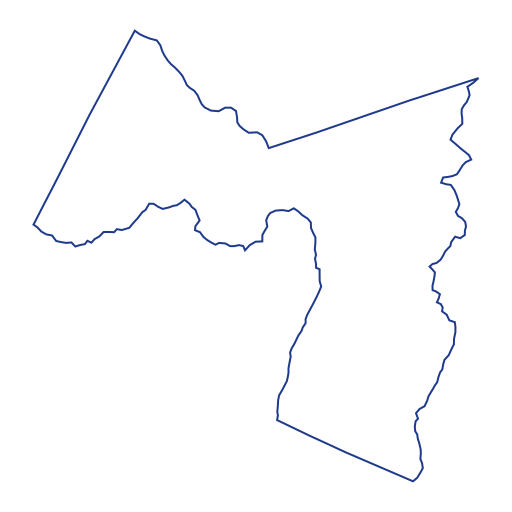 Anapurus, Maranhão, Brazil
{"feature_id": "56859067B68059886340931", "entity_name": "Anapurus", "entity_type": "district", "adm_level": 2, "iso_a3": "BRA", "parent_name": "Brazil", "parent_adm1": "Maranhão", "projection": "mercator", "projection_center": [-43.097, -3.562], "detail": "fine", "context": "isolated", "style": "outline", "palette": "blue", "viewbox_px": 512, "rotation_deg": 0, "n_neighbors": 0, "source": "geoboundaries", "source_scale": "gbopen_adm2", "svg_char_len": 3204}
<svg xmlns="http://www.w3.org/2000/svg" viewBox="0 0 512 512"><path d="M257.0,132.3L248.8,132.8L243.3,129.2L239.5,125.8L237.3,122.2L237.1,117.8L236.0,111.0L231.1,107.7L225.1,107.7L218.7,111.2L210.9,110.6L204.8,107.5L201.8,104.3L199.6,99.9L197.7,95.4L194.2,90.7L190.0,88.0L186.9,85.2L185.1,81.2L182.3,75.7L179.3,72.1L175.1,67.7L170.9,64.1L167.7,60.4L164.5,55.6L162.2,51.0L160.3,45.2L156.8,40.4L149.9,38.6L144.1,36.3L139.9,34.3L134.8,30.7L89.4,115.1L58.0,177.1L33.5,224.6L37.2,227.2L41.4,231.6L46.4,234.4L52.1,235.5L56.2,241.0L61.1,242.1L66.1,242.9L71.5,242.5L75.3,246.5L80.2,245.0L84.9,244.1L87.4,240.8L91.4,242.7L94.6,239.1L99.4,236.4L103.6,232.0L109.6,232.0L114.1,232.2L116.8,229.2L121.9,230.0L129.3,227.8L133.0,223.3L137.6,218.3L142.2,212.3L145.6,209.9L149.2,203.7L153.6,203.8L158.0,206.7L162.6,208.9L168.7,207.5L173.1,205.9L176.9,205.2L180.4,203.0L184.5,199.7L189.6,203.8L191.7,206.9L195.5,209.9L197.0,214.1L199.6,220.5L195.4,226.2L195.0,230.2L200.0,232.2L203.6,237.1L207.3,240.1L211.9,242.9L215.5,244.7L219.1,242.9L225.5,243.5L230.1,246.1L234.3,246.1L239.1,245.1L243.3,246.1L245.0,250.3L249.8,245.1L255.6,241.7L262.3,241.4L262.4,235.0L264.7,230.8L267.3,226.6L266.2,220.2L267.9,216.1L270.1,213.1L275.5,210.6L282.7,210.1L288.5,211.1L293.8,208.3L298.4,211.5L302.2,215.1L307.6,218.6L310.8,222.4L311.0,228.0L313.0,232.6L315.4,237.4L315.4,242.9L314.8,249.4L316.0,254.8L315.0,258.8L316.0,263.8L316.1,267.8L319.6,269.3L319.6,275.2L319.7,281.3L321.2,286.5L318.8,292.3L315.8,298.6L312.6,304.8L309.8,310.0L307.2,314.9L305.6,319.1L305.6,323.2L302.8,327.3L301.5,331.0L298.3,335.6L296.4,339.6L294.5,343.6L291.7,348.3L290.1,352.5L290.7,356.7L289.6,362.1L288.5,368.2L288.5,372.8L287.9,376.4L286.9,381.0L284.9,384.9L282.5,389.5L279.1,395.4L278.1,400.5L277.8,406.6L277.3,411.7L277.9,415.3L277.1,420.1L310.4,436.1L319.0,440.0L345.6,452.3L413.0,481.3L417.2,477.8L420.4,472.6L422.8,468.2L422.1,463.3L420.4,459.1L420.8,453.8L420.7,449.5L419.4,443.8L417.8,438.6L417.2,434.4L415.2,431.2L414.8,426.6L415.6,421.3L418.0,418.7L416.0,413.2L419.6,408.9L424.6,406.2L427.2,400.6L428.5,396.3L431.1,391.9L433.0,388.9L434.8,385.5L437.1,382.4L438.6,376.6L440.1,372.4L442.3,369.4L443.3,363.9L444.5,359.8L448.7,355.2L451.7,348.7L453.9,344.3L454.0,339.0L455.4,332.2L455.4,326.6L454.8,322.2L449.3,320.3L446.7,314.7L442.1,311.4L442.7,307.4L440.8,304.1L436.9,302.3L438.7,298.4L439.9,294.2L436.3,291.6L432.6,290.1L432.5,285.7L433.6,281.1L434.5,276.1L434.9,272.4L432.5,269.6L429.6,266.6L432.5,264.0L436.5,263.0L440.7,259.6L443.5,254.9L445.1,251.6L447.5,248.9L450.3,246.1L451.2,242.1L455.1,236.7L460.2,238.2L464.8,235.0L464.9,230.8L466.0,226.4L465.2,221.9L461.8,218.1L458.0,215.9L455.8,211.9L458.0,208.1L459.4,204.1L456.7,195.6L454.5,190.3L450.8,184.9L446.5,184.3L441.1,182.7L443.1,177.5L447.9,176.9L452.3,176.1L456.9,174.3L459.8,170.0L462.6,165.4L465.8,162.1L471.2,159.6L469.0,155.2L465.4,152.2L460.7,148.5L457.2,145.4L453.9,142.5L450.5,139.7L452.5,134.6L457.6,128.3L462.3,123.8L462.2,117.9L461.6,113.9L461.7,109.3L464.0,105.3L466.7,102.1L468.2,98.7L469.6,95.1L468.8,91.1L467.4,86.8L473.2,82.8L478.5,78.1L408.8,100.7L368.2,114.7L317.2,132.3L268.8,148.1L266.0,141.1L262.2,135.1L257.0,132.3Z" fill="none" stroke="#1e3a8a" stroke-width="2"/></svg>